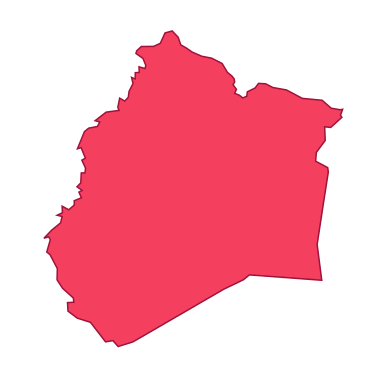 the district of Yona, Guam, rotated 274°
{"feature_id": "77769853B72833595516841", "entity_name": "Yona", "entity_type": "district", "adm_level": 2, "iso_a3": "GUM", "parent_name": "Guam", "parent_adm1": "", "projection": "albers", "projection_center": [144.756, 13.405], "detail": "fine", "context": "isolated", "style": "filled", "palette": "rose", "viewbox_px": 384, "rotation_deg": 274, "n_neighbors": 0, "source": "geoboundaries", "source_scale": "gbopen_adm2", "svg_char_len": 1498}
<svg xmlns="http://www.w3.org/2000/svg" viewBox="0 0 384 384"><g transform="rotate(274 192 192)"><path d="M285.0,336.5L284.4,333.9L285.3,325.0L292.6,315.4L293.1,295.5L300.4,279.1L301.9,265.3L305.1,257.9L305.0,250.8L300.2,247.7L295.8,240.2L291.3,239.9L289.4,236.1L291.8,232.6L293.4,227.7L297.5,229.2L301.8,225.5L304.9,226.9L307.9,226.1L310.5,223.7L313.8,219.0L322.3,213.1L326.9,202.2L328.1,192.3L331.6,182.4L331.7,182.2L335.3,176.2L338.0,170.6L338.7,170.3L339.3,170.0L345.4,167.4L351.3,161.0L348.8,154.0L338.1,150.0L334.6,143.6L333.6,131.3L329.0,127.0L326.3,126.4L321.8,133.8L315.0,137.1L311.9,136.5L313.2,130.4L307.6,131.0L307.1,127.1L300.8,127.4L302.1,123.7L296.1,125.6L288.1,122.2L282.0,121.8L278.0,118.6L280.6,113.3L271.3,112.1L268.3,113.5L265.7,100.8L256.4,90.4L255.4,95.1L250.8,93.1L248.5,84.5L244.8,80.5L227.1,74.7L228.5,78.3L218.3,83.3L216.1,79.9L208.4,84.1L203.6,83.9L203.3,80.2L193.3,80.4L189.2,76.9L185.9,82.3L184.0,79.2L178.5,82.1L175.1,75.1L170.8,75.5L165.7,70.3L168.8,63.4L162.3,64.2L159.4,59.1L158.5,64.1L152.1,63.1L144.1,54.6L135.5,47.5L137.3,52.0L134.6,54.0L122.0,51.3L119.5,54.8L106.2,63.0L95.0,63.5L86.9,69.6L78.0,81.0L73.8,81.8L73.0,75.5L64.5,76.6L58.1,86.4L54.9,99.8L36.5,116.2L38.2,123.5L32.7,129.1L38.4,143.6L97.2,230.4L108.1,249.5L113.3,255.0L113.0,327.6L148.4,320.5L187.5,323.7L221.5,326.6L225.7,325.7L229.5,317.4L231.4,313.2L240.2,313.3L252.7,321.3L266.3,319.8L266.1,325.9L276.9,336.3L279.0,334.8L285.0,336.5Z" fill="#f43f5e" stroke="#9f1239" stroke-width="1.5"/></g></svg>